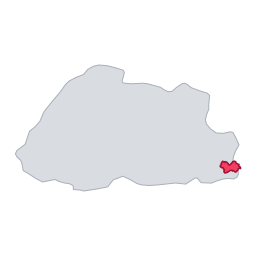 Serthig, Samdrup Jongkhar, Bhutan (highlighted)
{"feature_id": "84629894B58083807854661", "entity_name": "Serthig", "entity_type": "district", "adm_level": 2, "iso_a3": "BTN", "parent_name": "Bhutan", "parent_adm1": "Samdrup Jongkhar", "projection": "robinson", "projection_center": [91.922, 27.007], "detail": "fine", "context": "in_parent", "style": "filled", "palette": "rose", "viewbox_px": 256, "rotation_deg": 0, "n_neighbors": 0, "source": "geoboundaries", "source_scale": "gbopen_adm2", "svg_char_len": 4568}
<svg xmlns="http://www.w3.org/2000/svg" viewBox="0 0 256 256"><path d="M208.9,108.2L208.5,109.9L206.6,114.6L205.4,119.8L206.4,124.0L210.6,129.0L216.3,133.0L223.5,133.3L230.2,131.8L232.9,132.4L236.5,139.1L239.0,144.9L235.6,150.9L233.6,156.1L233.0,159.8L233.4,161.4L235.5,164.4L238.0,169.6L238.4,174.3L236.8,177.4L233.4,179.0L229.7,178.5L226.7,178.6L222.9,179.1L217.0,180.9L211.5,183.1L201.2,182.7L197.1,178.0L195.1,178.0L185.7,184.1L175.5,183.0L156.9,185.0L149.1,185.5L141.1,184.8L137.1,183.6L129.6,179.3L122.8,176.2L115.8,179.0L113.4,179.6L107.8,186.8L95.7,189.2L83.7,191.0L80.2,190.0L73.4,189.6L73.2,187.9L73.4,186.2L71.9,184.9L69.1,183.6L64.4,183.0L58.4,181.2L54.9,179.5L42.6,182.0L35.4,178.2L27.3,172.9L23.2,170.6L21.7,162.5L20.3,159.9L17.1,157.1L15.4,153.9L16.8,150.6L25.0,144.4L25.6,142.9L29.5,131.3L34.7,127.1L39.9,121.3L43.8,112.0L51.4,102.4L59.7,92.6L65.4,84.7L69.1,81.0L76.9,77.0L83.4,74.6L87.9,69.3L93.3,66.3L98.8,65.0L107.1,65.7L114.8,67.6L123.3,70.3L124.3,72.4L123.5,76.2L122.3,80.0L122.2,82.0L123.6,83.1L131.9,83.8L142.1,83.2L147.8,83.8L160.5,87.3L164.2,89.8L168.1,91.7L171.9,91.4L176.7,87.3L181.8,83.8L185.0,83.2L187.2,84.4L191.3,87.7L199.6,90.8L207.1,93.1L209.6,95.4L208.7,105.0L208.9,108.2Z" fill="#d9dde1" stroke="#a8b0b8" stroke-width="1"/><path d="M240.5,168.6L240.6,168.4L240.6,168.2L240.5,167.8L240.4,167.8L240.4,167.7L240.4,167.3L240.2,167.1L240.0,166.9L239.9,166.9L239.9,166.7L239.7,166.6L239.3,166.5L239.1,166.4L238.9,166.3L238.7,166.2L238.6,165.8L238.7,165.6L238.8,165.3L238.9,165.1L239.0,165.0L239.0,164.9L238.9,164.7L238.9,164.4L238.5,164.4L238.2,164.2L237.9,164.0L237.6,163.8L237.2,163.6L236.8,163.6L236.6,163.6L236.4,163.6L236.4,163.4L236.3,163.2L236.1,163.0L236.0,162.8L236.0,162.4L236.0,162.2L235.9,162.0L235.8,161.9L235.6,161.8L235.4,161.6L235.2,161.5L235.0,161.4L234.8,161.3L234.7,161.3L234.5,161.2L234.3,161.2L234.1,161.3L233.8,161.4L233.6,161.4L233.4,161.4L233.3,161.5L233.2,161.5L232.9,161.5L232.7,161.7L232.7,161.8L232.5,162.0L232.6,162.3L232.6,162.5L232.4,162.6L232.2,162.7L231.9,162.8L231.7,162.9L231.6,163.0L231.4,163.2L231.4,163.3L231.2,163.4L231.1,163.5L231.1,163.9L230.9,164.0L230.7,164.1L230.6,164.3L230.4,164.5L230.2,164.6L229.9,164.9L229.7,164.9L229.6,165.0L229.4,165.0L229.2,165.0L229.0,164.9L228.9,164.8L228.7,164.7L228.5,164.4L228.5,164.2L228.4,164.0L228.4,163.9L228.1,163.6L227.9,163.5L227.7,163.1L227.4,162.9L227.2,162.8L227.2,162.7L227.1,162.4L226.9,162.2L226.7,162.1L226.4,162.1L226.2,162.0L226.1,161.9L225.9,161.9L225.6,161.9L225.3,161.7L225.1,161.8L224.9,161.8L224.7,162.0L224.7,161.9L224.4,161.9L224.2,161.9L223.9,161.8L223.9,161.7L223.5,161.7L223.5,161.8L223.4,161.8L223.3,161.7L223.2,161.5L223.0,161.4L222.9,161.4L222.7,161.3L222.5,161.6L222.4,161.7L222.3,161.8L222.2,162.0L221.9,162.1L221.7,162.3L221.6,162.5L221.5,162.8L221.5,163.0L221.4,163.2L221.4,163.3L221.2,163.4L221.2,163.5L221.3,163.7L221.3,163.8L221.3,164.0L221.2,164.3L221.1,164.5L221.1,164.8L220.9,165.0L220.7,165.1L220.5,165.3L220.5,165.6L220.4,165.7L220.4,166.0L220.2,166.1L220.2,166.3L220.3,166.4L220.3,166.6L220.5,166.7L220.6,166.8L220.7,167.0L220.8,167.1L221.0,167.1L221.3,167.2L221.4,167.3L221.5,167.4L221.5,167.5L221.8,167.7L222.0,167.6L222.3,167.6L222.5,167.6L222.8,167.7L222.9,167.8L223.1,167.8L223.2,168.0L223.2,168.3L223.3,168.3L223.4,168.5L223.5,168.6L223.5,168.8L223.8,169.0L223.9,169.3L224.0,169.4L223.9,169.5L224.0,169.6L224.0,169.8L224.2,170.0L224.4,170.2L224.4,170.3L224.3,170.5L224.2,170.5L224.1,170.8L224.0,171.0L223.9,171.2L223.9,171.4L223.9,171.5L224.0,171.6L224.1,171.8L224.1,172.0L224.3,172.3L224.4,172.5L224.5,172.7L224.7,172.8L224.8,172.9L225.0,172.9L225.4,172.8L225.5,172.8L225.8,172.9L226.0,172.8L226.2,172.7L226.3,172.7L226.7,172.5L226.8,172.5L227.0,172.3L227.1,172.2L227.3,172.2L227.5,172.2L227.6,172.3L227.8,172.2L228.2,171.8L228.4,171.6L228.5,171.5L228.6,171.4L228.8,171.3L229.0,171.3L229.3,171.2L229.6,171.0L229.7,170.9L229.8,170.8L229.9,170.7L230.0,170.6L230.2,170.4L230.3,170.4L230.5,170.4L230.8,170.2L231.2,170.2L231.3,170.2L231.4,170.3L231.5,170.4L231.6,170.5L232.0,170.7L232.2,170.8L232.2,170.7L232.3,170.7L232.5,170.5L232.6,170.4L232.9,170.4L233.0,170.4L233.1,170.5L233.4,170.6L233.5,170.8L233.8,171.0L234.0,171.1L234.4,171.3L234.5,171.5L234.8,171.7L234.9,171.8L235.0,171.9L235.3,172.1L235.5,172.1L235.9,172.0L236.1,171.9L236.4,171.4L236.7,171.2L236.9,171.0L237.3,170.8L237.6,170.6L237.8,170.3L237.9,169.9L237.9,169.7L238.1,169.4L238.2,169.2L238.2,168.9L238.4,168.7L238.6,168.5L238.8,168.4L239.2,168.4L239.5,168.4L239.9,168.5L240.2,168.6L240.5,168.6Z" fill="#f43f5e" stroke="#9f1239" stroke-width="1.5"/></svg>